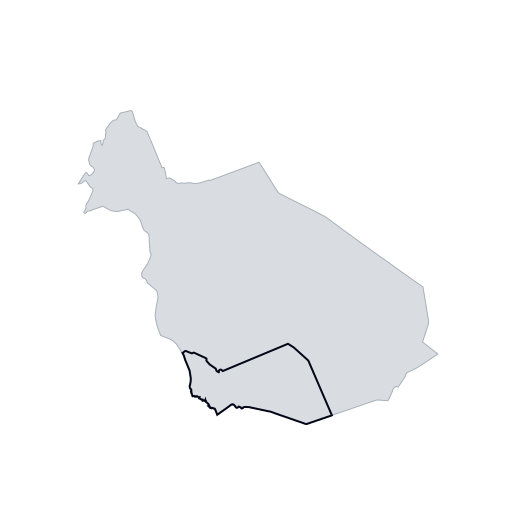 Niger, with Diffa highlighted, rotated 67°
{"feature_id": "NER-796", "entity_name": "Diffa", "entity_type": "Department", "adm_level": 1, "iso_a3": "NER", "parent_name": "Niger", "parent_adm1": "", "projection": "orthographic", "projection_center": [13.155, 15.532], "detail": "fine", "context": "in_parent", "style": "outline", "palette": "ink", "viewbox_px": 512, "rotation_deg": 67, "n_neighbors": 0, "source": "natural_earth", "source_scale": "10m", "svg_char_len": 6583}
<svg xmlns="http://www.w3.org/2000/svg" viewBox="0 0 512 512"><g transform="rotate(67 256 256)"><path d="M387.0,353.7L382.7,353.8L380.3,354.5L377.2,356.9L373.7,357.9L369.5,359.9L366.9,361.6L364.4,362.9L360.9,366.2L359.8,368.6L356.4,369.1L351.6,368.7L348.5,366.2L341.5,363.5L336.9,362.5L334.8,362.1L324.0,361.6L312.6,362.5L306.7,363.6L305.6,363.8L302.3,365.3L299.5,367.0L291.9,374.8L282.1,374.4L276.3,373.4L271.4,372.1L264.5,368.2L256.0,362.4L252.7,361.5L249.8,361.0L248.8,361.1L238.5,366.4L236.5,366.3L234.1,366.8L232.5,368.2L231.3,368.8L230.0,368.9L228.4,368.6L226.9,367.7L225.4,366.1L221.3,359.7L220.5,358.5L218.7,356.6L215.8,353.6L213.8,352.2L212.6,351.8L211.1,352.0L203.0,349.3L194.9,346.3L193.1,346.6L191.8,347.1L188.9,349.0L185.6,349.2L181.4,348.9L179.1,348.5L175.4,349.0L172.9,349.7L169.6,350.9L165.2,354.3L164.0,354.7L163.0,355.2L161.2,365.0L160.0,367.9L157.7,371.7L153.3,375.2L150.4,377.4L150.2,380.4L149.8,385.4L149.6,388.8L149.8,391.0L149.2,392.0L149.0,393.0L149.1,394.5L149.8,395.2L150.2,396.1L149.9,396.8L148.5,397.6L147.0,395.4L145.2,393.7L143.1,392.9L141.7,391.7L141.0,390.1L138.3,386.9L132.2,380.5L131.5,380.3L130.5,380.0L128.6,380.7L127.5,381.6L126.7,381.9L125.5,382.0L122.5,382.6L120.0,383.4L119.9,384.3L120.9,388.9L120.2,391.4L119.2,390.1L115.9,385.3L113.6,381.7L113.2,381.0L112.9,379.8L113.2,379.2L114.1,378.9L116.4,378.6L116.8,378.3L117.0,377.3L116.7,375.5L115.6,373.1L114.3,371.4L113.6,371.1L112.3,371.0L110.9,371.1L108.1,372.9L106.9,373.2L104.1,372.9L101.6,372.4L100.2,371.3L95.9,367.2L91.1,362.8L89.1,362.1L88.6,361.7L88.4,358.5L88.7,354.8L89.0,353.8L91.1,354.5L93.2,354.9L94.0,354.3L92.3,352.8L89.8,351.3L89.0,349.2L88.3,348.5L87.2,347.7L86.0,347.2L84.7,346.6L83.8,345.9L82.4,345.6L80.9,345.0L78.8,341.6L76.8,338.2L75.7,335.6L75.3,334.1L76.1,331.5L75.5,330.4L73.3,327.6L71.4,325.0L72.1,321.3L72.7,318.1L72.8,316.1L73.2,315.0L73.5,313.8L74.9,313.4L78.3,313.7L84.8,314.6L90.1,314.3L90.4,314.2L94.3,311.0L98.7,307.7L104.9,307.7L111.6,307.7L116.9,307.8L124.6,307.9L130.9,308.0L138.1,308.0L138.4,306.4L138.9,306.0L139.6,306.0L144.9,307.1L149.8,308.2L150.3,305.1L154.9,301.5L157.4,300.8L158.1,300.1L158.9,298.9L159.5,296.9L159.8,295.4L160.7,294.3L161.5,292.1L162.6,288.3L165.2,284.4L166.9,279.0L167.3,273.7L167.8,269.7L168.5,268.9L168.8,261.8L169.2,254.6L169.4,248.5L169.8,241.0L170.1,234.4L170.4,227.2L170.7,220.8L170.9,216.5L175.9,215.7L181.1,214.9L188.7,213.6L197.0,212.3L206.0,210.8L208.0,209.7L215.0,203.8L218.2,201.1L224.4,195.8L229.2,191.7L235.3,186.4L241.8,181.1L246.9,176.9L254.8,172.2L266.8,165.1L278.8,157.9L290.7,150.7L302.6,143.5L314.4,136.2L326.2,129.0L338.0,121.7L349.7,114.4L361.3,117.2L372.4,119.9L383.6,122.6L386.2,124.1L392.2,129.3L399.9,136.0L400.2,136.1L400.5,136.2L407.8,132.1L417.3,126.9L420.0,140.9L422.0,152.9L422.2,160.6L422.4,162.6L423.1,164.0L424.9,165.3L432.2,176.3L430.7,178.3L431.9,181.7L433.7,183.2L439.8,189.8L440.6,191.1L440.3,192.1L436.2,200.0L435.6,201.9L434.9,211.9L434.4,218.9L433.7,228.6L432.9,240.2L432.2,249.9L431.3,262.9L430.5,275.1L424.4,281.9L413.6,293.9L404.8,303.6L400.4,310.1L391.7,322.9L387.8,331.1L384.8,335.3L383.2,337.2L384.6,343.2L387.0,353.7Z" fill="#d9dde1" stroke="#a8b0b8" stroke-width="1"/><path d="M387.0,353.7L381.1,353.5L380.4,353.6L380.2,353.8L380.2,354.2L379.9,354.4L378.9,355.3L378.7,355.6L378.6,355.8L378.7,356.1L378.8,356.2L378.7,356.4L378.4,356.4L378.3,356.5L378.1,356.8L378.4,357.0L378.0,357.5L377.4,357.7L376.8,357.9L376.1,358.2L376.3,357.7L376.2,357.5L375.9,357.6L375.7,358.0L375.5,357.9L375.1,357.9L374.7,358.0L374.4,357.9L374.5,357.6L373.9,357.5L373.3,357.8L371.1,358.8L370.5,359.0L369.8,358.8L369.7,359.2L369.2,359.1L368.8,359.0L369.0,359.2L369.2,359.3L369.3,359.5L369.5,359.7L369.2,359.9L368.5,360.6L368.5,360.9L368.5,361.0L368.4,361.0L368.2,361.0L367.8,361.2L367.7,361.2L367.8,361.5L367.9,361.8L367.6,361.8L367.6,361.7L367.4,361.6L367.2,361.6L367.0,362.0L366.4,362.7L366.0,363.0L365.5,363.2L365.2,363.3L365.0,363.9L364.8,364.0L364.5,363.9L364.2,363.7L363.8,363.3L363.7,363.7L363.7,363.9L363.5,364.0L363.4,364.2L363.2,364.2L362.1,365.0L362.1,365.4L361.7,365.8L361.6,366.2L362.0,366.3L361.8,366.9L361.7,367.1L361.5,367.3L361.3,367.4L360.8,367.5L360.7,367.6L360.5,368.9L360.3,369.2L360.0,369.3L359.6,369.2L359.2,369.1L358.6,369.0L358.0,369.0L357.1,368.9L356.7,368.8L356.5,369.0L356.3,368.8L356.2,368.6L355.9,368.5L355.7,368.5L355.4,368.8L355.2,368.8L355.1,368.7L355.0,368.4L354.8,368.2L353.6,367.8L353.2,367.9L352.7,368.2L352.3,368.3L351.5,368.4L350.1,368.0L349.7,367.8L348.6,366.9L345.3,364.8L342.7,363.7L335.5,361.9L323.9,361.8L319.6,361.3L317.3,361.4L316.6,361.5L316.6,361.4L315.8,358.6L315.9,358.2L316.1,357.6L320.3,353.4L320.4,353.1L320.5,352.9L320.6,352.7L320.6,352.4L320.6,351.8L320.6,351.3L320.6,351.1L320.7,350.9L330.4,342.1L330.9,341.8L331.2,341.7L331.6,341.8L332.5,342.4L332.8,342.5L333.0,342.5L333.3,342.5L337.6,341.1L343.6,337.3L343.9,337.1L344.1,337.1L346.1,337.2L346.4,337.2L346.7,337.0L348.3,335.9L348.5,335.7L348.4,335.5L347.4,335.1L347.1,335.0L347.0,334.8L346.8,334.5L346.7,334.1L346.6,333.8L346.7,333.2L346.8,332.9L346.9,332.6L347.2,332.4L347.8,332.0L348.5,331.7L348.9,331.6L349.3,260.9L349.8,260.6L350.1,260.3L354.9,257.0L372.7,248.7L432.1,248.4L432.3,248.4L432.3,248.6L432.3,249.7L432.2,250.8L432.1,252.0L432.0,253.1L431.9,254.2L431.9,255.3L431.8,256.4L431.7,257.5L431.6,258.7L431.5,259.8L431.5,260.9L431.4,262.0L431.3,263.1L431.2,264.2L431.1,265.3L431.1,266.5L431.0,267.6L430.9,268.7L430.8,269.8L430.7,270.9L430.7,272.0L430.6,273.2L430.5,274.3L430.4,274.9L430.4,275.2L430.3,275.4L430.0,275.9L429.2,276.8L427.9,278.2L426.6,279.6L425.3,281.1L424.0,282.5L422.7,284.0L421.4,285.4L420.1,286.8L418.8,288.3L417.5,289.7L416.2,291.1L414.9,292.6L413.6,294.0L412.3,295.5L411.0,296.9L409.7,298.3L408.4,299.8L407.5,300.7L406.1,302.2L404.8,303.6L404.2,304.6L403.5,305.6L402.8,306.6L402.1,307.6L401.4,308.6L400.7,309.6L400.0,310.6L399.3,311.6L398.6,312.6L397.9,313.6L397.2,314.6L396.5,315.6L395.8,316.6L395.1,317.6L394.4,318.6L393.7,319.6L393.0,320.6L392.3,321.5L391.7,322.9L390.9,324.5L390.6,325.3L390.4,325.8L390.4,326.3L390.5,326.8L390.9,327.8L390.9,328.3L390.7,328.9L390.3,329.1L389.9,329.1L389.4,329.2L389.2,329.4L388.4,330.3L387.9,330.6L387.9,330.9L388.1,331.1L388.4,332.2L388.3,332.6L388.2,333.1L387.4,333.7L387.0,333.8L386.4,333.9L385.5,334.0L384.6,334.4L384.0,334.7L383.2,335.8L383.2,337.2L383.7,338.9L384.0,340.1L384.3,341.3L384.4,342.0L384.6,342.8L384.8,343.6L385.0,344.4L385.1,345.1L385.3,345.9L385.5,346.7L385.6,347.5L385.8,348.3L386.0,349.0L386.1,349.8L386.3,350.6L386.5,351.4L386.7,352.2L386.8,352.9L387.0,353.7Z" fill="none" stroke="#020617" stroke-width="2"/></g></svg>